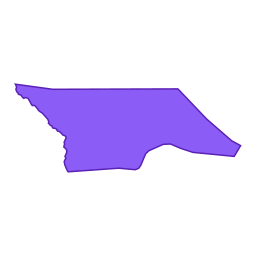 Abu Radis, Janub Sina', Egypt (Mercator projection)
{"feature_id": "37247803B44606701734202", "entity_name": "Abu Radis", "entity_type": "district", "adm_level": 2, "iso_a3": "EGY", "parent_name": "Egypt", "parent_adm1": "Janub Sina'", "projection": "mercator", "projection_center": [33.203, 29.047], "detail": "fine", "context": "isolated", "style": "filled", "palette": "violet", "viewbox_px": 256, "rotation_deg": 0, "n_neighbors": 0, "source": "geoboundaries", "source_scale": "gbopen_adm2", "svg_char_len": 1248}
<svg xmlns="http://www.w3.org/2000/svg" viewBox="0 0 256 256"><path d="M177.9,88.9L52.8,89.3L15.4,84.2L15.7,84.7L16.5,87.0L16.5,87.7L16.1,88.6L15.9,89.2L16.3,90.6L16.9,91.9L18.3,93.4L18.4,94.2L19.2,94.6L20.1,94.7L20.7,95.0L21.4,95.6L22.5,97.3L23.6,98.3L24.7,98.0L25.4,97.5L27.0,97.9L28.0,98.4L28.5,99.2L29.6,101.1L30.7,102.9L31.4,104.5L32.4,105.6L33.6,105.3L35.0,105.8L36.0,106.9L37.2,108.4L38.6,110.5L40.2,111.8L41.9,112.8L43.1,114.0L45.0,116.1L46.5,117.8L47.7,119.1L48.8,121.7L48.4,123.1L49.5,124.3L50.8,125.6L51.9,125.9L52.3,127.2L53.0,128.1L55.1,128.4L56.5,129.1L57.0,130.3L57.6,131.2L58.6,131.2L59.7,131.8L60.5,132.6L61.7,133.5L62.5,134.8L64.5,135.6L65.4,136.1L66.0,136.8L65.9,138.6L65.2,139.6L64.9,140.5L64.7,141.2L64.1,142.1L64.4,143.2L64.6,144.5L64.1,145.3L63.9,147.2L65.1,148.1L65.8,148.8L66.8,150.6L66.6,152.5L66.3,153.5L65.4,155.3L65.0,156.6L65.5,157.3L65.8,158.5L65.3,159.3L64.8,160.1L64.2,161.7L64.8,164.8L64.9,165.1L65.6,166.6L65.9,167.5L66.9,169.8L68.0,171.7L68.1,171.8L118.7,168.2L135.2,169.7L135.5,169.6L138.7,168.3L140.9,165.1L145.6,153.9L148.9,150.7L163.3,144.3L170.5,144.0L180.8,148.4L193.0,152.4L213.8,154.4L234.2,156.4L240.6,145.6L231.7,140.8L206.6,119.0L177.9,88.9Z" fill="#8b5cf6" stroke="#5b21b6" stroke-width="1.5"/></svg>